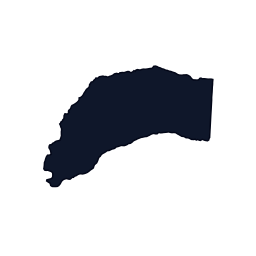 the district of Novo Horizonte do Sul, Mato Grosso do Sul, Brazil, rotated 142°
{"feature_id": "56859067B76209061716902", "entity_name": "Novo Horizonte do Sul", "entity_type": "district", "adm_level": 2, "iso_a3": "BRA", "parent_name": "Brazil", "parent_adm1": "Mato Grosso do Sul", "projection": "orthographic", "projection_center": [-53.752, -22.582], "detail": "fine", "context": "isolated", "style": "filled", "palette": "ink", "viewbox_px": 256, "rotation_deg": 142, "n_neighbors": 0, "source": "geoboundaries", "source_scale": "gbopen_adm2", "svg_char_len": 3814}
<svg xmlns="http://www.w3.org/2000/svg" viewBox="0 0 256 256"><g transform="rotate(142 128 128)"><path d="M31.3,114.0L32.4,115.3L33.5,116.2L34.8,117.1L36.0,118.3L37.3,119.6L38.1,120.3L39.1,120.9L39.8,122.4L40.9,122.9L42.5,122.4L44.1,123.2L45.6,124.6L46.9,125.6L47.5,127.3L47.5,128.9L47.5,130.5L48.0,131.8L48.5,133.0L49.3,134.0L50.4,134.7L51.4,135.5L52.9,136.3L54.7,137.8L55.9,139.4L56.6,141.3L57.0,142.4L57.7,143.4L58.6,144.7L59.4,146.1L60.8,147.7L61.5,149.1L62.5,150.1L63.1,151.1L63.6,152.3L64.7,153.6L65.6,155.5L66.7,157.0L67.4,158.7L68.4,160.0L69.9,160.8L71.0,160.3L72.6,160.3L73.8,161.2L75.0,161.8L76.5,162.6L78.3,163.7L79.5,164.8L80.4,165.3L81.5,165.8L82.6,166.1L83.5,166.9L84.6,168.2L86.0,168.7L87.4,168.2L88.0,169.5L89.8,169.3L91.5,169.7L92.2,170.7L92.5,171.9L93.7,172.8L95.3,173.4L97.0,174.0L98.4,175.3L99.5,175.9L100.5,176.5L101.6,176.2L102.6,177.0L103.3,178.0L104.5,178.6L105.5,179.0L107.0,178.9L109.1,179.3L110.7,180.0L112.1,180.3L113.0,181.0L113.7,182.2L114.9,183.0L115.8,184.3L117.5,185.2L119.0,186.0L121.6,185.9L122.4,187.1L123.9,186.6L125.4,186.6L127.1,186.0L128.7,186.8L130.4,186.2L131.6,185.8L132.5,184.8L133.9,184.0L135.2,184.0L136.7,184.0L137.8,183.7L139.0,183.2L140.7,182.7L142.2,182.0L143.4,181.5L144.8,181.2L146.5,181.2L148.0,181.8L148.9,180.5L150.3,179.8L152.1,179.5L153.5,179.5L155.0,179.6L156.8,179.8L158.3,180.2L159.6,179.7L160.7,178.9L162.2,178.3L163.5,178.4L164.6,177.9L164.7,176.6L165.8,176.6L166.8,176.1L167.9,176.9L168.9,178.0L170.7,177.1L171.9,175.7L172.8,174.8L174.3,174.6L175.8,173.8L177.2,174.0L178.1,173.3L179.3,173.2L179.6,171.7L180.3,170.1L180.7,168.4L181.7,167.1L182.7,166.2L183.4,165.3L184.3,164.1L185.2,162.8L186.2,162.1L187.5,161.2L189.3,160.2L190.8,160.9L192.7,161.8L194.2,162.0L195.3,161.9L196.8,162.3L198.6,161.9L199.9,162.8L200.9,162.5L202.1,161.5L202.6,160.3L202.6,158.9L203.1,157.6L204.0,155.8L204.9,154.6L206.5,154.9L208.2,156.1L210.2,155.4L211.8,154.4L213.5,153.1L215.1,152.2L216.4,150.7L217.2,149.8L218.5,148.5L219.4,147.7L219.6,146.2L218.9,145.3L217.1,144.0L216.1,142.3L215.4,141.3L215.0,140.1L215.1,138.8L216.1,137.3L217.4,135.9L218.7,135.3L220.3,135.5L221.5,136.1L222.5,136.5L223.8,137.1L224.7,136.4L224.1,134.5L223.4,132.7L223.7,131.5L224.3,130.3L223.7,128.6L222.5,127.6L220.7,126.2L219.6,125.5L218.1,125.3L215.8,125.8L213.4,126.9L211.8,127.2L210.2,127.1L208.8,126.6L207.5,126.0L206.7,124.9L205.9,123.9L204.9,123.3L203.6,123.4L202.2,123.5L201.3,122.7L200.2,123.0L199.1,122.7L197.9,122.3L196.6,122.3L195.1,122.0L193.5,121.2L192.1,119.8L190.4,119.0L189.0,118.5L187.4,118.1L185.4,118.0L183.3,118.1L181.3,117.9L179.9,117.9L178.4,119.0L177.0,119.8L175.5,119.8L174.1,119.9L172.9,120.5L171.8,121.1L170.2,122.2L168.7,122.9L167.5,122.8L165.9,123.4L164.0,123.6L161.9,123.2L160.1,123.0L158.7,123.1L157.5,122.4L156.4,121.8L155.0,121.6L153.1,121.1L151.8,120.4L150.4,120.2L149.0,120.4L147.8,119.8L146.6,119.3L145.3,118.9L144.1,118.5L142.8,117.3L141.7,116.4L140.3,115.9L138.7,115.5L137.5,115.6L136.6,115.1L135.5,114.5L134.3,114.4L133.2,114.4L131.7,114.6L130.2,114.3L128.3,113.8L127.1,113.7L126.0,113.3L124.5,112.9L123.1,112.4L121.9,111.7L120.9,111.3L119.6,110.6L118.4,109.8L116.8,109.5L115.7,109.2L113.9,109.0L112.2,108.5L111.0,107.9L109.9,106.5L108.6,105.5L107.2,105.7L106.1,105.2L105.3,104.2L104.0,103.3L102.7,102.6L101.5,101.8L100.2,101.0L98.3,99.9L97.3,98.5L96.2,97.3L94.5,96.2L93.1,94.7L92.6,92.9L92.0,91.7L91.5,90.4L90.7,88.4L89.0,86.7L88.3,84.7L87.0,83.6L86.1,82.5L85.5,81.2L85.1,80.1L84.1,79.2L83.2,78.4L82.0,77.9L81.6,76.5L80.1,76.0L79.3,74.5L78.5,73.6L77.1,73.5L76.1,73.1L75.5,71.7L74.5,70.4L73.2,69.0L71.7,68.9L70.8,69.8L69.6,70.2L67.2,73.0L66.3,74.0L65.1,75.4L63.0,77.8L60.3,80.9L55.1,86.9L52.8,89.5L45.0,98.4L43.2,100.7L39.8,104.4L36.1,108.7L35.1,109.7L34.2,110.7L33.0,112.2L32.1,113.1L31.3,114.0Z" fill="#0f172a" stroke="#020617" stroke-width="1.5"/></g></svg>